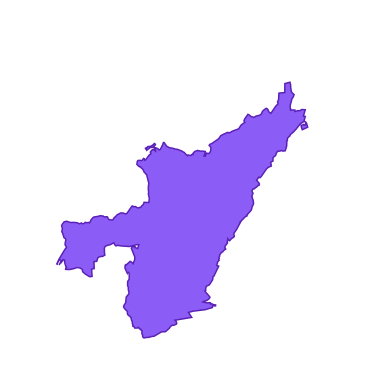 the district of Jibou, Salaj, Romania, rotated 126°
{"feature_id": "2599482B62846653397775", "entity_name": "Jibou", "entity_type": "district", "adm_level": 2, "iso_a3": "ROU", "parent_name": "Romania", "parent_adm1": "Salaj", "projection": "equal_earth", "projection_center": [23.24, 47.26], "detail": "fine", "context": "isolated", "style": "filled", "palette": "violet", "viewbox_px": 384, "rotation_deg": 126, "n_neighbors": 0, "source": "geoboundaries", "source_scale": "gbopen_adm2", "svg_char_len": 6082}
<svg xmlns="http://www.w3.org/2000/svg" viewBox="0 0 384 384"><g transform="rotate(126 192 192)"><path d="M296.0,277.6L297.8,275.3L300.7,274.0L301.2,272.7L304.2,268.7L304.2,266.6L305.4,265.7L308.3,264.4L309.5,263.4L310.0,261.8L310.6,261.0L313.3,261.1L324.5,260.1L329.7,259.1L329.6,258.6L328.4,259.1L324.5,259.5L324.5,257.3L329.2,256.6L327.1,256.8L326.5,256.4L324.9,256.3L322.4,256.5L322.1,254.9L322.6,254.8L324.6,252.7L326.6,250.0L326.6,249.2L327.8,249.3L328.9,248.8L326.8,245.6L323.8,242.8L320.7,240.6L319.4,238.2L319.1,235.6L319.4,234.8L320.2,234.3L320.8,233.4L321.1,230.6L320.8,225.7L320.5,224.7L319.0,223.2L313.4,227.9L311.5,226.1L305.9,230.4L304.1,228.3L300.7,229.5L299.5,229.2L297.4,227.5L296.7,226.5L294.3,225.4L292.6,227.1L288.9,229.9L287.8,230.2L286.6,230.1L284.8,229.0L282.9,227.3L279.0,225.4L280.1,223.5L280.3,221.8L278.7,220.6L277.5,218.0L273.0,210.7L266.7,205.4L265.9,204.1L269.6,202.7L270.4,205.4L269.7,205.9L269.9,206.5L271.5,208.2L273.2,208.0L278.2,200.1L280.4,198.6L284.6,197.5L284.2,199.8L284.5,201.3L290.3,202.5L290.2,203.0L290.9,202.8L293.0,201.5L295.7,196.7L295.2,196.9L294.2,195.9L295.7,194.2L299.6,191.5L302.1,191.5L304.9,189.6L305.8,188.9L306.3,187.7L308.6,186.0L310.2,184.0L311.6,183.2L315.6,183.5L320.5,180.6L323.8,180.4L325.2,179.8L326.0,178.0L326.7,173.9L327.9,173.2L329.0,171.9L329.2,170.3L329.0,169.2L329.4,168.3L329.4,167.4L330.9,166.1L332.3,163.7L333.4,163.1L334.4,161.6L335.3,161.1L335.1,159.9L335.7,158.2L333.9,156.0L333.0,155.8L333.5,154.3L333.5,153.3L333.1,152.9L333.6,152.4L333.9,150.4L334.8,150.2L336.2,149.2L336.8,147.8L337.8,147.1L338.4,145.9L338.3,145.1L336.3,143.2L334.9,141.4L332.6,139.7L331.0,137.9L323.2,134.5L321.9,133.1L321.4,132.2L320.4,131.3L315.4,130.2L314.8,130.4L312.0,130.0L311.4,129.7L311.2,129.2L310.1,128.1L308.0,127.0L307.1,127.2L305.9,129.0L305.7,130.4L293.6,118.5L291.5,124.1L287.7,121.0L279.5,112.2L273.5,107.6L272.0,108.5L270.3,106.0L269.5,106.5L270.7,108.9L270.6,109.5L270.9,110.4L271.8,111.1L271.7,111.6L270.9,111.8L271.0,112.6L272.8,114.5L274.6,118.5L273.6,118.2L271.1,116.3L269.8,115.8L268.1,115.4L266.9,115.5L266.4,115.9L264.6,123.4L263.3,123.1L262.7,123.9L259.9,125.0L256.9,123.4L251.1,123.7L249.9,124.1L249.4,124.7L248.4,125.2L247.3,124.8L236.3,126.8L236.3,127.4L236.9,128.1L236.7,129.1L234.8,129.5L233.8,130.2L231.3,129.9L231.0,130.6L229.7,130.9L229.4,131.7L227.6,131.9L226.9,132.5L224.1,132.7L222.3,132.0L220.5,131.9L218.4,131.2L217.9,131.8L217.9,132.7L216.0,133.4L212.4,133.3L211.3,134.5L209.8,134.8L208.8,135.5L209.5,133.2L209.3,132.9L206.8,132.7L203.5,131.6L202.4,132.1L201.6,133.5L200.7,133.8L196.3,133.9L187.3,135.1L187.5,135.4L180.6,134.3L179.0,133.5L179.0,133.8L178.6,134.1L172.5,133.4L171.1,133.6L168.8,134.6L165.5,135.2L163.1,137.2L161.2,139.9L160.5,140.5L160.5,141.1L157.1,141.9L156.6,143.3L155.6,144.2L154.0,144.5L153.3,144.1L153.2,143.7L149.0,142.4L148.0,142.5L147.2,141.7L146.4,141.9L145.6,142.5L144.6,145.9L144.6,146.6L140.7,146.7L140.5,145.4L139.1,145.1L129.3,145.3L127.1,144.7L124.3,143.1L121.7,145.8L119.3,144.7L116.8,146.5L115.7,146.5L113.3,145.8L111.4,146.5L108.7,146.7L107.2,144.9L105.7,143.8L105.5,142.5L103.9,140.8L99.4,142.3L96.2,144.4L95.6,145.2L95.1,145.3L94.4,145.0L93.5,145.8L91.8,146.4L89.2,145.8L87.7,146.2L84.0,145.2L79.3,144.7L73.3,144.5L68.9,142.8L68.8,140.8L69.9,140.1L69.9,139.7L71.3,139.8L71.5,140.2L71.4,140.6L71.8,140.9L71.7,141.3L72.5,141.5L72.6,141.8L73.9,142.9L75.3,141.6L76.8,139.4L71.6,136.5L69.3,139.4L68.6,140.9L68.7,143.1L64.3,144.8L65.2,146.2L65.1,146.5L58.9,148.7L60.7,151.7L62.8,152.5L63.8,154.0L66.3,156.0L65.2,157.0L67.8,160.5L66.6,161.2L66.4,161.8L65.1,162.9L64.0,163.5L57.6,166.0L55.8,165.9L53.2,166.6L52.8,169.7L52.1,170.9L49.3,173.7L47.2,175.3L45.6,177.3L49.7,180.6L57.0,175.4L60.9,179.8L66.3,176.3L69.0,175.7L69.7,174.4L70.1,174.2L73.1,174.7L82.0,174.4L82.1,175.8L81.8,177.4L80.6,179.1L80.5,180.3L80.7,181.2L83.5,182.1L85.3,182.4L87.4,181.9L89.2,181.9L91.3,183.3L93.0,184.9L95.2,185.6L95.6,187.2L96.3,188.6L96.0,190.8L96.3,192.4L101.9,192.3L103.7,191.9L104.4,191.0L104.6,190.2L108.8,191.6L113.5,191.4L119.2,195.2L121.6,196.2L122.3,196.7L122.8,198.2L128.1,201.2L129.6,201.8L132.6,201.7L134.1,202.0L141.0,204.4L143.0,205.6L144.3,205.5L144.4,204.2L145.2,202.6L147.7,201.1L149.8,200.8L151.1,201.1L152.0,203.1L155.3,202.4L155.8,203.5L154.5,203.7L151.4,205.0L152.8,207.7L153.6,208.5L155.1,211.9L157.6,213.6L160.1,213.9L160.7,213.4L160.7,213.7L161.9,214.0L162.0,214.3L162.7,214.2L163.7,215.2L164.1,216.5L164.9,217.5L165.2,217.3L165.0,219.8L164.5,221.5L164.8,222.7L164.8,224.2L166.2,229.3L167.1,230.6L167.7,232.8L169.5,236.5L169.8,239.5L168.4,243.5L168.5,244.0L168.9,244.2L171.1,243.5L176.0,242.7L176.9,243.0L177.3,243.4L177.0,245.2L178.1,249.0L177.3,249.7L176.0,249.4L174.9,249.6L174.9,251.0L176.5,251.2L178.7,252.0L179.5,252.5L181.3,254.5L182.1,254.5L184.0,255.4L184.4,254.6L184.1,254.2L184.9,253.2L180.1,251.7L179.5,250.5L178.5,249.9L178.9,247.0L180.3,245.5L180.3,247.7L181.0,249.0L184.2,249.2L184.8,248.4L184.9,247.9L185.2,247.8L186.0,247.8L187.2,248.4L193.4,248.4L194.0,248.7L194.0,249.1L193.1,250.1L193.4,251.0L195.7,250.8L196.2,251.2L196.8,252.5L198.1,254.1L198.8,254.3L199.8,254.1L202.1,252.8L202.5,250.3L202.4,249.2L202.1,249.2L201.8,248.5L202.4,247.3L202.3,246.5L202.7,244.6L204.1,242.3L204.2,241.0L204.6,239.9L204.5,239.0L205.0,238.4L206.7,236.5L207.3,235.5L208.7,234.2L210.0,232.3L213.6,230.3L216.4,228.2L217.9,226.7L219.0,226.4L222.4,222.7L225.9,220.7L228.5,224.7L230.8,224.0L232.6,224.5L234.6,224.5L235.2,225.3L236.0,225.6L236.9,227.0L237.0,229.2L238.2,230.4L238.4,231.2L238.1,231.7L238.7,232.3L247.5,232.1L248.7,232.7L249.6,235.6L251.0,237.5L254.6,239.2L256.7,239.4L258.8,239.9L261.0,239.6L262.2,241.0L263.1,242.9L262.3,245.3L261.9,245.6L262.0,246.3L263.7,248.3L263.7,249.8L265.3,252.6L266.3,253.1L269.8,256.6L271.1,257.1L274.0,257.3L275.8,256.8L277.1,256.8L277.0,257.3L278.6,258.9L279.3,260.6L280.4,260.7L281.5,261.2L282.0,261.9L282.0,263.2L283.9,264.4L284.4,266.9L286.2,270.0L287.8,271.9L288.6,273.7L289.2,276.1L290.0,276.5L290.0,276.8L290.6,277.1L291.1,277.9L294.6,278.0L296.0,277.6Z" fill="#8b5cf6" stroke="#5b21b6" stroke-width="1.5"/></g></svg>